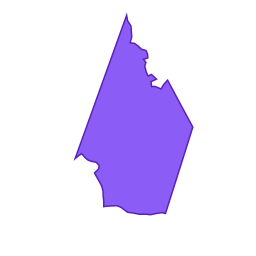 Ruy Barbosa, Rio Grande do Norte, Brazil (Albers equal-area conic projection), rotated 233°
{"feature_id": "56859067B51255119987795", "entity_name": "Ruy Barbosa", "entity_type": "district", "adm_level": 2, "iso_a3": "BRA", "parent_name": "Brazil", "parent_adm1": "Rio Grande do Norte", "projection": "albers", "projection_center": [-35.934, -5.854], "detail": "fine", "context": "isolated", "style": "filled", "palette": "violet", "viewbox_px": 256, "rotation_deg": 233, "n_neighbors": 0, "source": "geoboundaries", "source_scale": "gbopen_adm2", "svg_char_len": 798}
<svg xmlns="http://www.w3.org/2000/svg" viewBox="0 0 256 256"><g transform="rotate(233 128 128)"><path d="M218.8,194.7L135.4,67.4L135.6,72.1L135.3,75.6L130.3,75.9L126.8,76.6L123.8,78.4L119.8,81.9L115.2,82.4L112.9,79.6L112.3,74.2L102.1,72.8L97.7,72.1L92.5,70.0L88.9,67.4L84.2,64.6L79.8,61.3L77.9,64.7L72.7,72.3L68.9,74.7L64.9,75.8L60.8,77.0L56.8,81.2L52.0,85.4L48.5,90.3L45.2,93.8L42.6,99.4L40.0,104.1L37.2,106.5L71.0,154.1L89.7,180.3L114.8,184.1L142.4,188.4L141.3,182.9L139.3,177.9L145.0,174.6L146.8,171.8L151.1,174.2L149.9,180.2L156.7,178.9L157.5,175.4L161.6,176.2L167.3,178.6L169.7,181.9L173.6,181.7L172.0,185.9L175.1,188.0L179.1,189.0L182.8,186.2L187.7,185.4L191.8,184.0L194.8,181.0L198.6,185.9L207.8,191.8L213.8,192.2L218.8,194.7Z" fill="#8b5cf6" stroke="#5b21b6" stroke-width="1.5"/></g></svg>